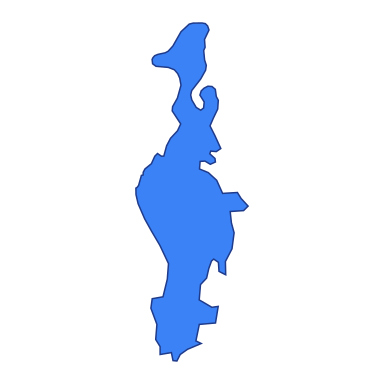 the district of Yangikurgan, Namangan, Uzbekistan
{"feature_id": "79887680B90500403808249", "entity_name": "Yangikurgan", "entity_type": "district", "adm_level": 2, "iso_a3": "UZB", "parent_name": "Uzbekistan", "parent_adm1": "Namangan", "projection": "equal_earth", "projection_center": [71.694, 41.294], "detail": "fine", "context": "isolated", "style": "filled", "palette": "blue", "viewbox_px": 384, "rotation_deg": 0, "n_neighbors": 0, "source": "geoboundaries", "source_scale": "gbopen_adm2", "svg_char_len": 1569}
<svg xmlns="http://www.w3.org/2000/svg" viewBox="0 0 384 384"><path d="M187.5,349.3L201.2,343.5L195.9,340.9L199.3,324.4L215.5,323.0L218.2,306.4L211.9,307.3L199.2,299.9L200.5,284.6L206.6,278.1L208.8,268.5L211.5,261.0L213.7,259.1L218.4,262.3L219.0,271.4L225.7,274.8L225.4,261.5L232.0,248.8L234.1,232.8L231.4,222.8L230.2,211.5L243.6,210.6L248.1,206.1L241.1,198.5L237.4,192.5L222.6,193.4L216.7,180.3L208.3,172.6L199.5,169.0L200.1,161.4L205.0,161.1L210.3,164.3L215.4,162.0L215.0,158.5L209.8,153.8L210.7,151.1L216.3,151.6L220.8,148.5L214.8,135.4L210.0,125.9L213.5,117.8L217.7,109.1L218.3,100.3L216.3,96.5L215.3,89.3L212.0,86.5L207.9,86.2L204.0,88.2L201.2,90.9L199.9,95.1L204.2,102.0L203.6,108.0L200.7,110.2L196.2,107.4L191.8,99.9L190.7,95.0L191.7,90.6L200.7,79.0L205.6,70.2L206.3,65.3L204.6,60.0L203.7,50.5L205.1,47.3L204.5,39.5L209.0,30.0L207.6,25.9L205.3,23.6L202.0,23.0L193.1,23.1L189.2,24.1L181.0,31.7L172.9,46.0L168.2,51.2L165.2,52.8L157.8,54.4L154.7,55.7L153.0,57.6L152.1,59.4L152.6,63.8L156.0,66.3L168.3,67.4L174.4,69.8L177.7,73.6L179.7,78.1L181.0,85.2L177.4,98.1L172.6,106.6L172.2,110.9L180.7,123.9L177.5,130.8L170.5,138.3L166.6,145.8L163.8,156.1L161.4,156.2L157.5,153.5L154.8,156.2L151.4,163.7L145.0,168.9L143.2,172.3L143.1,175.0L141.4,175.4L138.6,185.4L137.1,187.4L135.9,188.1L136.0,194.6L138.1,203.7L144.7,218.9L151.6,231.3L159.9,245.4L168.5,263.6L167.3,279.2L163.0,296.8L152.2,298.7L150.9,308.2L156.9,324.4L155.7,339.5L160.1,346.6L160.1,354.5L171.4,352.6L173.0,360.6L176.9,361.0L180.2,354.5L187.5,349.3Z" fill="#3b82f6" stroke="#1e3a8a" stroke-width="1.5"/></svg>